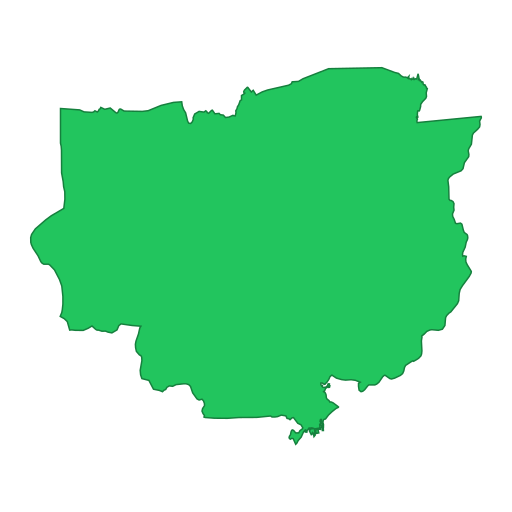 Remolino, Magdalena, Colombia (Natural Earth projection)
{"feature_id": "7082276B2618998543770", "entity_name": "Remolino", "entity_type": "district", "adm_level": 2, "iso_a3": "COL", "parent_name": "Colombia", "parent_adm1": "Magdalena", "projection": "natural_earth1", "projection_center": [-74.562, 10.638], "detail": "fine", "context": "isolated", "style": "filled", "palette": "green", "viewbox_px": 512, "rotation_deg": 0, "n_neighbors": 0, "source": "geoboundaries", "source_scale": "gbopen_adm2", "svg_char_len": 6013}
<svg xmlns="http://www.w3.org/2000/svg" viewBox="0 0 512 512"><path d="M31.6,234.4L30.7,237.6L30.8,242.4L31.4,244.6L33.1,248.3L38.0,255.7L40.9,261.8L42.1,263.2L43.8,264.2L48.4,264.2L49.7,264.9L54.5,269.9L59.5,279.5L61.8,286.0L62.9,296.5L62.9,304.1L62.3,309.7L61.8,312.5L60.2,316.4L64.3,318.7L67.3,321.6L69.7,330.1L71.8,329.9L75.3,330.3L83.2,330.4L88.1,328.3L92.0,326.0L95.6,329.3L97.0,330.1L98.5,330.1L101.9,331.2L105.5,331.1L107.9,332.1L111.9,332.9L117.0,329.9L118.8,325.6L121.1,323.9L132.1,325.5L140.9,326.2L139.8,328.0L138.5,333.9L136.0,341.1L135.4,344.3L135.6,347.7L136.4,351.4L139.5,355.0L140.7,355.4L141.7,357.1L141.9,360.6L140.2,370.3L140.6,374.8L141.9,378.6L148.9,380.4L153.5,389.2L159.3,390.4L162.5,391.7L164.0,390.2L165.7,389.5L166.9,387.3L169.3,385.9L172.7,386.3L176.1,384.6L183.6,383.8L186.1,383.8L188.7,384.6L190.5,386.4L192.7,392.9L197.0,398.9L199.1,400.0L202.0,399.2L203.5,400.9L204.4,403.4L204.5,405.7L202.6,408.5L202.0,411.1L203.1,413.7L204.4,415.4L204.0,417.1L205.2,417.5L214.5,418.2L227.4,418.3L239.1,417.5L256.6,417.4L270.6,416.0L272.0,417.0L274.8,417.0L277.6,416.6L281.3,415.1L285.9,415.9L287.0,418.4L288.9,418.8L290.0,419.7L292.1,417.8L293.5,417.6L297.8,423.3L301.0,424.8L302.8,427.8L302.4,428.8L300.0,430.6L298.7,432.9L295.7,432.9L293.7,430.5L292.6,429.9L291.7,430.3L291.1,431.7L290.4,434.9L289.4,436.3L289.1,437.7L289.5,438.6L290.4,439.2L291.7,438.4L293.2,438.6L295.7,444.3L296.8,443.2L298.2,440.5L301.2,437.1L303.6,431.7L304.8,431.6L306.0,432.2L307.6,431.9L304.4,431.3L304.4,430.7L305.4,429.9L306.6,430.6L307.5,430.2L309.0,428.0L309.6,428.0L308.5,429.4L311.8,427.8L313.4,428.3L313.1,428.7L310.7,429.0L309.4,430.9L311.3,434.7L311.9,434.5L312.5,432.5L313.7,433.6L314.7,433.1L313.6,434.5L314.0,436.6L315.2,435.1L314.4,428.9L318.7,428.2L318.4,429.0L316.2,429.3L315.6,431.4L316.1,432.5L316.1,433.5L318.8,432.9L318.0,429.8L319.2,429.2L320.0,429.4L320.2,428.8L320.8,429.1L320.9,428.0L322.5,426.4L321.0,427.5L320.5,428.5L319.6,427.7L319.9,426.7L319.6,423.6L319.9,424.6L321.4,426.0L322.5,424.6L321.6,425.3L320.6,424.7L320.6,420.8L320.1,420.9L320.5,419.5L321.3,419.5L321.8,423.2L322.9,424.6L322.7,427.3L322.3,427.8L322.7,428.1L322.4,430.5L323.4,430.5L323.4,430.0L322.7,429.9L322.8,429.5L323.1,429.7L323.4,427.8L323.5,424.5L322.9,422.2L323.4,420.0L324.1,419.3L325.5,419.0L328.5,415.0L332.0,411.7L336.0,408.5L338.3,407.4L338.5,407.0L337.6,406.2L332.9,402.7L330.9,401.9L329.9,402.1L329.0,400.6L327.0,399.0L326.3,397.6L326.1,395.0L325.6,393.6L324.9,392.3L323.6,391.7L324.8,390.4L325.5,388.5L328.1,386.6L328.5,386.6L328.5,387.4L329.5,387.3L329.9,385.7L329.3,385.4L329.4,383.9L328.2,383.8L327.2,386.0L325.7,387.2L323.1,387.4L322.0,386.4L322.7,385.0L321.8,385.8L321.4,385.6L320.8,384.3L320.9,383.0L322.3,383.0L324.2,384.4L325.1,384.1L325.0,383.8L326.6,382.6L328.8,379.4L330.0,376.6L331.9,375.1L336.4,378.1L341.6,379.6L345.6,380.1L351.1,379.7L355.4,380.3L360.2,382.2L358.5,383.4L358.5,386.3L359.1,390.2L361.0,391.7L362.7,391.3L364.7,389.7L367.7,385.9L368.8,384.9L374.9,384.9L376.7,384.1L378.9,382.3L382.8,376.6L384.4,375.3L385.3,375.4L389.9,378.6L391.5,379.0L394.7,378.1L400.4,375.4L402.6,373.6L403.8,370.9L404.5,367.5L405.6,365.4L410.7,362.0L412.9,360.8L413.6,361.3L416.6,359.6L418.6,358.3L420.9,355.9L421.6,353.9L421.9,350.9L421.4,340.9L422.0,336.9L421.7,336.3L422.0,335.6L423.3,334.9L423.5,334.3L424.0,334.3L426.8,331.4L429.9,330.0L431.8,329.7L438.4,330.3L442.4,329.2L444.9,325.5L445.6,317.6L446.7,315.5L449.1,313.0L450.8,311.9L457.4,303.7L458.7,300.7L459.2,293.4L460.1,289.5L462.5,285.6L469.2,276.5L471.1,273.0L471.3,271.4L467.2,264.7L465.9,261.9L465.7,259.0L466.3,256.4L464.0,255.8L462.8,256.2L462.5,254.6L462.8,252.3L465.2,247.1L466.2,242.2L467.4,239.6L467.8,237.9L467.6,235.8L467.1,234.6L464.2,232.4L463.3,230.0L461.9,224.2L460.5,223.1L456.9,223.7L455.5,223.3L454.2,219.4L452.7,216.4L452.5,213.9L454.0,210.2L453.7,207.2L454.0,203.7L453.0,201.6L451.3,200.5L450.0,200.4L449.0,199.1L448.7,186.8L447.9,180.4L448.3,178.8L449.5,177.1L453.3,174.0L461.1,170.8L463.0,168.7L464.4,162.7L468.7,156.6L468.9,154.5L468.2,150.8L468.7,148.8L471.4,144.2L472.4,135.0L473.5,133.0L477.7,129.2L479.6,126.9L480.0,124.5L479.6,121.1L481.3,117.9L481.3,116.9L481.1,116.4L417.2,122.6L416.8,120.9L417.4,119.4L416.7,118.2L416.8,117.3L416.4,117.1L416.7,116.6L417.4,116.8L417.7,117.4L417.9,117.1L417.3,114.7L417.6,111.3L418.0,110.7L419.1,111.0L419.6,110.3L420.6,106.6L420.7,104.4L422.5,101.7L425.8,98.3L426.5,96.4L426.2,92.8L427.3,88.6L426.4,88.1L426.5,87.3L425.4,86.0L425.4,85.3L424.9,84.9L425.0,84.3L424.5,85.1L423.9,84.9L423.2,84.2L422.9,82.1L421.8,81.6L421.5,82.0L421.2,81.2L420.3,80.8L420.2,80.1L419.5,80.4L419.3,79.2L418.6,79.5L418.9,77.5L418.1,73.8L416.7,79.0L415.3,78.8L414.2,79.5L413.7,78.0L413.1,79.0L411.7,79.4L411.7,78.9L411.2,79.6L410.7,78.9L409.4,78.8L409.1,78.2L408.5,78.6L407.9,78.2L408.1,77.7L408.5,77.6L408.8,76.4L407.5,77.7L405.6,77.1L403.7,77.2L401.3,76.0L398.5,73.4L394.8,72.5L381.9,67.7L328.6,68.7L303.1,78.7L298.5,81.4L292.2,81.8L291.4,83.7L288.6,85.2L267.6,90.0L262.2,91.9L256.2,95.1L253.2,90.3L251.3,92.0L247.9,87.5L247.3,87.3L244.5,90.1L243.7,91.6L244.0,93.0L244.7,93.2L243.6,94.3L241.5,95.5L241.5,99.9L240.2,100.6L238.7,104.8L237.4,106.8L237.1,108.5L235.8,110.8L236.0,112.8L235.2,115.9L233.7,115.8L233.0,115.3L229.0,117.1L225.5,117.5L223.3,115.1L220.3,114.7L219.1,113.4L214.9,113.8L212.4,110.2L211.6,110.4L208.6,113.3L207.1,112.6L207.0,111.9L205.8,110.8L203.9,112.1L199.1,111.4L194.7,114.0L193.1,117.8L193.3,119.2L192.3,121.8L190.7,123.5L188.7,123.2L187.6,121.1L185.6,112.8L183.7,109.7L182.3,105.9L181.7,101.8L173.5,102.4L161.1,105.4L148.2,110.7L142.3,111.4L125.5,111.1L124.0,111.0L120.8,109.1L120.0,109.0L119.2,109.5L117.9,112.4L116.9,113.1L116.0,112.8L110.2,108.0L104.8,109.3L100.8,107.4L100.1,108.9L99.2,109.3L98.3,111.1L97.3,112.0L94.9,110.8L93.7,111.9L92.1,112.4L84.1,111.9L79.7,109.9L60.5,108.5L60.5,143.2L61.2,146.3L61.5,150.2L61.6,172.9L63.2,181.6L63.6,186.5L64.8,191.8L64.9,199.2L63.8,208.4L51.2,215.8L45.8,219.8L35.4,228.8L31.6,234.4Z" fill="#22c55e" stroke="#15803d" stroke-width="1.5"/></svg>